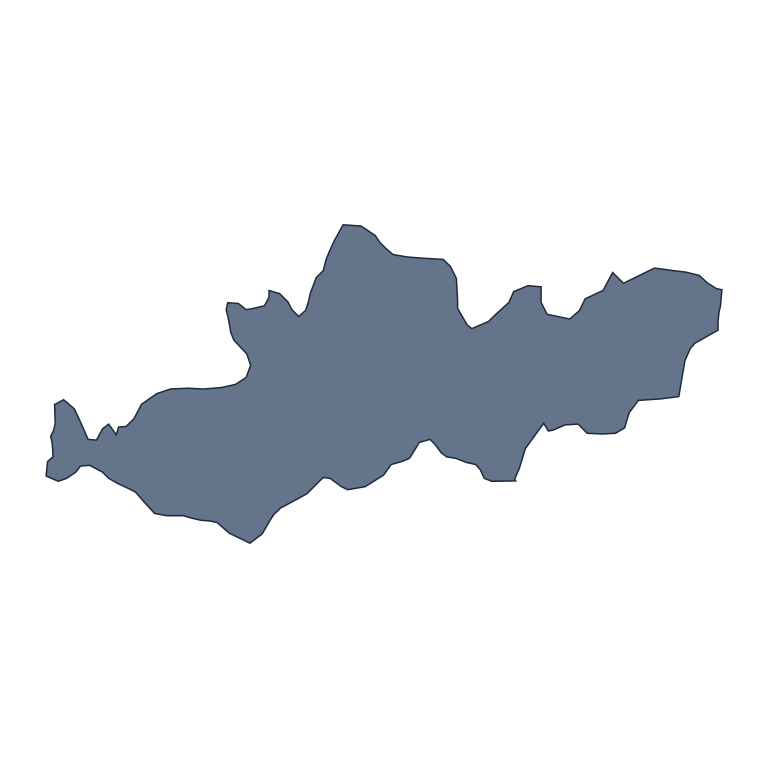 the district of Hongcheon-gun, Gangwon, South Korea
{"feature_id": "91817680B15226656503507", "entity_name": "Hongcheon-gun", "entity_type": "district", "adm_level": 2, "iso_a3": "KOR", "parent_name": "South Korea", "parent_adm1": "Gangwon", "projection": "mercator", "projection_center": [128.024, 37.738], "detail": "fine", "context": "isolated", "style": "filled", "palette": "slate", "viewbox_px": 768, "rotation_deg": 0, "n_neighbors": 0, "source": "geoboundaries", "source_scale": "gbopen_adm2", "svg_char_len": 2139}
<svg xmlns="http://www.w3.org/2000/svg" viewBox="0 0 768 768"><path d="M654.4,268.1L623.4,283.3L612.7,272.5L603.1,290.4L585.2,298.8L579.3,310.7L569.7,319.0L547.1,314.3L541.1,302.4L541.1,300.0L541.1,286.8L528.0,285.7L513.7,291.6L508.9,302.4L495.8,314.3L488.6,321.4L471.9,328.6L467.2,325.0L457.6,308.3L457.6,300.0L456.4,278.5L450.5,266.6L443.3,259.4L423.0,258.2L407.5,257.0L393.2,254.6L386.1,248.7L380.1,242.7L375.3,235.6L361.0,226.0L343.1,224.8L334.6,240.1L329.3,251.6L326.2,259.2L323.2,270.7L316.3,277.5L310.2,293.6L308.6,301.2L305.6,310.4L298.7,316.5L291.9,309.6L288.0,302.0L279.6,293.6L269.0,290.5L269.0,297.4L264.4,305.8L251.4,308.8L246.1,309.6L238.4,303.5L227.7,302.7L226.2,309.6L228.5,319.5L230.8,332.5L233.8,340.1L246.8,353.9L250.6,365.3L246.1,377.5L235.4,384.4L221.6,387.5L203.3,389.0L188.1,388.2L170.5,389.0L156.8,393.6L141.5,404.3L133.9,418.8L126.2,426.4L118.6,427.1L116.3,434.8L108.7,424.1L102.6,428.7L96.5,440.1L88.1,439.4L80.4,421.8L74.3,408.8L63.6,399.7L55.2,404.3L54.6,404.3L55.2,423.3L53.7,430.2L50.7,436.3L52.2,443.2L52.9,452.3L52.9,456.9L47.6,461.5L46.1,476.0L58.3,481.3L61.2,480.3L66.7,478.3L75.8,472.2L80.4,466.1L89.6,465.3L102.6,472.2L108.7,478.3L117.8,483.6L127.8,488.2L135.4,492.0L140.7,498.1L146.1,504.2L154.5,513.4L166.7,515.7L183.5,515.7L191.1,518.0L201.0,520.3L210.2,521.0L217.1,522.6L229.3,533.2L249.9,543.2L262.1,534.0L269.7,521.0L273.5,514.9L280.4,508.1L291.9,502.0L307.1,493.6L311.7,489.0L317.0,483.6L323.2,477.5L330.0,478.3L341.5,486.7L347.6,489.7L365.1,486.7L383.5,475.2L391.1,464.6L401.8,461.5L409.4,458.4L414.7,450.0L419.3,442.4L430.0,439.4L434.6,443.9L441.5,453.1L446.8,456.9L456.0,458.4L465.9,462.3L475.8,464.6L480.4,469.9L484.2,478.3L491.8,481.3L515.7,480.9L514.7,479.1L519.3,468.4L525.4,448.5L537.6,431.7L543.7,423.3L548.3,431.0L552.9,430.2L565.1,424.9L578.1,424.1L587.2,433.3L602.5,434.0L615.5,433.3L624.6,427.9L629.2,412.6L638.4,400.4L660.5,398.9L678.8,396.6L684.9,360.7L690.3,348.5L694.9,343.2L718.0,330.2L718.0,321.9L719.0,312.2L720.5,305.8L721.9,289.7L716.5,288.7L707.3,282.9L699.4,275.5L685.8,272.1L673.1,270.6L663.3,269.2L654.4,268.1Z" fill="#64748b" stroke="#1e293b" stroke-width="1.5"/></svg>